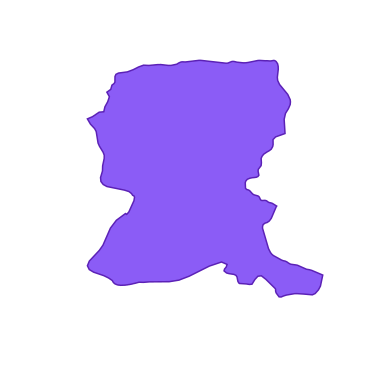 SVG path tracing the border of Ain, rotated 71°
{"feature_id": "FRA-5262", "entity_name": "Ain", "entity_type": "Metropolitan department", "adm_level": 1, "iso_a3": "FRA", "parent_name": "France", "parent_adm1": "", "projection": "orthographic", "projection_center": [5.485, 46.077], "detail": "fine", "context": "isolated", "style": "filled", "palette": "violet", "viewbox_px": 384, "rotation_deg": 71, "n_neighbors": 0, "source": "natural_earth", "source_scale": "10m", "svg_char_len": 3310}
<svg xmlns="http://www.w3.org/2000/svg" viewBox="0 0 384 384"><g transform="rotate(71 192 192)"><path d="M324.9,119.5L322.2,126.0L321.5,128.2L320.2,136.2L320.1,139.3L320.3,141.9L319.5,143.8L315.2,145.2L314.0,145.3L312.9,145.2L311.3,144.7L311.0,144.6L310.6,144.7L310.3,144.8L298.6,150.6L293.8,153.7L293.1,157.1L295.2,161.0L298.7,165.3L298.1,167.8L296.6,170.6L294.0,176.8L293.2,177.4L291.3,177.7L287.1,177.1L285.2,177.5L283.6,179.1L281.1,183.8L279.8,185.7L277.0,187.4L275.4,186.3L274.1,184.1L271.9,182.4L267.8,186.9L267.7,199.7L270.7,222.2L271.0,231.2L271.1,232.9L269.4,242.7L263.1,261.5L261.6,267.4L260.1,271.3L260.0,272.0L260.0,272.6L259.9,273.3L259.9,274.0L259.8,274.7L259.8,275.4L259.7,276.1L259.6,276.9L259.5,277.6L259.5,278.3L259.4,279.1L259.3,279.8L259.2,280.6L259.1,281.3L258.9,282.1L258.8,282.8L258.7,283.6L258.5,284.3L258.4,285.0L258.2,285.8L258.0,286.5L257.8,287.2L257.6,287.8L257.4,288.5L257.2,289.1L257.0,289.8L256.7,290.4L256.4,291.0L256.2,291.5L255.9,292.1L255.6,292.6L255.2,293.1L254.9,293.5L254.5,293.9L254.2,294.3L253.8,294.7L253.4,295.0L252.9,295.3L252.5,295.5L252.0,295.7L251.5,295.9L251.0,296.0L250.5,296.1L249.9,296.1L246.1,298.9L242.4,302.6L235.8,311.1L231.9,314.4L227.7,314.9L223.9,311.6L217.0,298.6L213.3,293.5L199.6,280.9L194.1,272.7L190.7,261.9L191.0,261.6L191.6,261.4L191.9,261.1L191.1,259.6L190.2,258.1L181.3,249.7L178.1,248.0L176.7,248.2L175.8,249.2L173.8,249.7L171.1,251.4L168.2,255.3L159.1,270.7L156.0,273.5L152.4,274.7L148.6,273.8L143.0,269.8L138.2,268.0L131.7,264.1L128.6,263.0L125.5,263.1L118.6,264.6L115.2,264.9L103.7,262.9L100.4,263.4L94.8,265.9L88.8,267.1L88.4,261.6L86.3,253.8L87.4,249.3L83.1,246.6L79.2,242.3L75.0,239.1L69.9,240.0L68.5,235.4L64.9,232.9L64.1,230.4L63.0,229.1L57.7,227.2L56.0,225.6L55.6,222.8L57.4,214.0L57.2,207.7L56.4,201.9L56.3,196.5L58.3,191.6L60.4,182.9L61.4,179.9L64.6,173.2L65.5,170.5L66.2,164.8L65.7,162.7L65.6,161.8L65.5,160.2L65.7,159.0L66.9,155.9L69.8,142.5L70.5,140.6L81.3,117.9L81.6,116.9L81.8,115.8L81.7,114.8L81.6,112.7L81.6,111.7L81.9,110.6L82.3,109.7L83.9,107.2L86.6,101.4L87.3,99.2L87.8,96.7L89.1,86.9L89.4,85.8L89.8,84.7L91.9,79.7L92.2,78.6L93.5,75.6L93.8,74.5L94.2,71.9L94.3,71.6L94.9,70.8L96.0,70.0L98.6,69.3L101.2,69.6L104.1,70.5L111.4,74.0L114.5,74.7L118.9,74.2L130.9,69.7L136.7,69.1L138.9,69.6L141.3,70.7L144.6,73.7L148.1,78.0L153.3,81.2L167.0,85.0L167.1,95.0L168.8,98.3L173.6,99.9L175.3,100.9L177.3,103.1L178.1,105.5L178.6,108.2L179.6,111.9L181.1,114.2L182.8,115.7L187.1,116.9L189.6,118.1L192.1,121.9L193.7,122.7L197.9,123.3L198.8,124.6L199.0,126.3L198.6,128.4L198.1,130.4L197.8,132.9L198.0,135.6L199.1,137.5L200.5,138.6L205.9,140.2L206.8,139.8L207.6,139.3L208.0,138.5L209.4,137.1L213.4,135.4L214.3,134.8L215.0,134.1L216.7,131.6L217.2,130.9L218.0,130.3L218.9,130.0L221.0,129.8L221.9,129.6L222.6,129.0L223.0,128.1L223.6,125.9L224.1,125.0L224.7,124.3L226.2,123.3L226.9,122.7L228.5,120.2L229.2,119.5L232.9,116.5L233.4,117.2L242.7,125.6L244.6,128.4L245.3,130.9L245.2,132.9L245.9,135.3L247.4,136.4L249.1,137.1L270.5,138.1L274.8,137.5L276.8,136.8L278.5,135.8L285.3,129.7L286.6,128.2L287.6,126.5L288.9,125.1L290.6,123.9L291.6,123.0L292.4,122.2L294.9,117.3L295.6,116.1L302.3,108.9L303.7,106.3L305.1,104.3L313.1,95.4L322.8,101.2L325.7,104.3L328.1,108.6L328.4,111.7L324.9,119.5Z" fill="#8b5cf6" stroke="#5b21b6" stroke-width="1.5"/></g></svg>